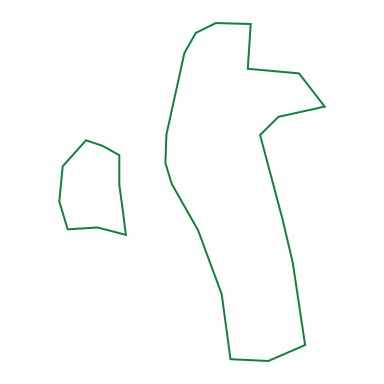 an SVG outline of Ash Shamālīyah
{"feature_id": "BHR-4927", "entity_name": "Ash Shamālīyah", "entity_type": "Governorate", "adm_level": 1, "iso_a3": "BHR", "parent_name": "Bahrain", "parent_adm1": "", "projection": "mercator", "projection_center": [50.465, 26.145], "detail": "fine", "context": "isolated", "style": "outline", "palette": "green", "viewbox_px": 384, "rotation_deg": 0, "n_neighbors": 0, "source": "natural_earth", "source_scale": "10m", "svg_char_len": 510}
<svg xmlns="http://www.w3.org/2000/svg" viewBox="0 0 384 384"><path d="M230.5,359.2L221.7,294.2L198.1,230.3L171.7,183.8L165.4,163.0L166.4,134.7L184.4,53.0L195.8,32.9L215.9,23.0L216.1,23.1L217.6,23.1L250.7,24.0L247.8,68.8L299.0,73.4L324.7,106.6L278.5,116.8L260.1,135.0L282.6,219.5L292.8,262.9L305.1,345.0L268.3,361.0L230.5,359.2ZM86.0,140.3L102.6,145.9L119.3,155.2L119.3,184.8L122.6,208.9L125.9,234.9L97.6,227.5L67.7,229.3L59.3,201.5L62.7,166.3L86.0,140.3Z" fill="none" stroke="#15803d" stroke-width="2"/></svg>